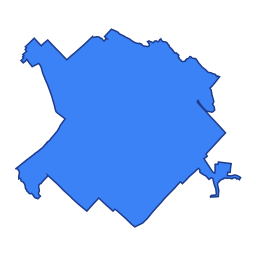 the district of Coarnele Caprei, Iasi, Romania
{"feature_id": "2599482B36833916817547", "entity_name": "Coarnele Caprei", "entity_type": "district", "adm_level": 2, "iso_a3": "ROU", "parent_name": "Romania", "parent_adm1": "Iasi", "projection": "mercator", "projection_center": [27.123, 47.391], "detail": "fine", "context": "isolated", "style": "filled", "palette": "blue", "viewbox_px": 256, "rotation_deg": 0, "n_neighbors": 0, "source": "geoboundaries", "source_scale": "gbopen_adm2", "svg_char_len": 5692}
<svg xmlns="http://www.w3.org/2000/svg" viewBox="0 0 256 256"><path d="M15.4,169.0L16.2,168.8L16.7,168.8L17.2,168.9L17.8,169.3L18.0,169.5L19.1,171.4L19.3,172.3L19.3,174.1L18.8,175.9L18.7,176.5L18.8,178.9L20.1,178.3L20.5,178.6L20.8,179.6L20.9,180.5L21.2,181.0L21.7,181.4L22.4,181.7L22.6,181.7L23.1,182.0L24.2,183.4L24.8,184.8L25.2,186.0L25.2,186.7L25.4,188.0L25.5,188.5L25.8,189.1L26.5,189.6L26.7,190.5L27.2,191.4L27.8,191.7L28.6,192.9L29.6,193.7L30.4,193.6L30.9,193.8L31.5,193.5L31.8,193.6L32.8,194.7L33.7,196.2L34.0,196.4L34.1,196.7L34.4,197.0L34.6,197.0L35.0,197.7L36.0,198.2L36.9,198.3L37.9,198.8L40.4,196.2L40.1,195.7L39.5,195.3L39.1,194.8L38.7,194.3L38.6,193.6L38.6,193.1L38.8,192.3L39.3,191.2L39.3,190.2L38.8,187.5L38.7,186.0L38.8,185.2L39.2,184.7L40.2,183.7L41.0,183.6L41.2,183.4L42.3,181.8L42.9,181.3L43.2,180.8L44.8,179.1L45.8,178.1L47.7,176.1L47.8,175.6L47.7,175.3L57.4,184.1L61.2,187.9L63.1,190.0L67.1,193.6L70.2,196.4L72.2,198.5L77.9,203.7L81.2,206.5L86.9,211.1L92.1,205.2L96.8,200.2L98.8,198.0L103.2,202.3L113.0,211.1L114.7,209.3L115.4,209.6L116.3,210.1L125.3,218.1L128.7,221.4L131.0,223.7L134.8,226.9L142.7,223.0L147.5,218.3L149.5,215.8L152.4,212.2L155.4,208.8L161.9,201.6L162.6,200.7L165.6,197.3L174.7,188.0L176.7,185.7L180.1,182.0L180.4,181.9L180.6,182.0L182.4,183.7L186.7,179.4L189.0,176.8L193.7,172.7L198.4,168.3L199.8,169.8L200.0,170.5L199.8,171.0L199.9,172.0L200.1,172.5L200.4,172.7L200.8,172.7L200.9,173.0L201.4,173.4L201.9,173.7L202.5,173.8L203.0,174.4L204.3,175.2L205.6,175.8L206.3,176.3L209.0,179.4L211.1,177.8L212.0,178.0L212.7,178.4L212.9,178.7L213.9,183.3L214.2,184.4L215.6,188.2L215.8,188.8L216.3,193.4L216.3,193.9L216.2,194.4L215.9,194.8L215.4,195.1L215.0,195.1L214.0,195.1L212.7,195.3L211.9,195.3L211.4,195.4L210.7,196.0L210.4,196.6L210.5,197.1L214.4,196.9L218.3,196.6L218.8,190.4L218.5,189.2L218.1,187.1L217.7,185.6L217.6,184.5L217.7,183.6L217.9,182.8L218.4,182.2L219.2,181.7L219.6,181.2L219.9,180.6L220.8,180.1L221.2,179.7L221.5,179.5L222.4,179.3L223.4,178.7L223.7,178.8L223.9,178.7L223.9,178.4L224.2,178.0L224.5,178.0L225.2,177.9L227.0,178.4L227.7,178.2L227.9,178.0L228.3,177.9L228.9,178.0L231.8,178.8L232.4,178.7L232.5,178.4L233.6,177.9L234.3,177.8L235.4,177.9L235.9,178.1L236.5,178.6L236.7,179.0L237.1,179.0L238.0,178.7L238.5,178.9L239.4,179.7L240.6,177.5L237.7,175.8L236.0,175.2L235.5,175.1L234.6,175.0L233.5,175.2L231.8,175.7L230.9,175.9L227.3,175.6L227.8,172.2L230.1,172.5L230.3,171.6L230.4,169.3L230.9,165.6L231.2,164.0L231.2,163.6L230.5,163.4L229.6,163.4L218.4,162.0L218.0,164.3L215.2,164.2L215.1,164.4L215.1,169.4L214.8,173.0L213.3,172.5L212.7,171.8L210.9,169.3L204.0,158.7L207.0,156.5L207.2,156.2L206.2,154.3L206.2,153.9L206.4,153.5L217.9,141.1L220.9,137.7L225.5,132.9L221.5,128.4L213.9,120.2L210.4,116.7L207.9,113.7L198.3,103.4L197.7,102.6L197.5,102.2L197.3,101.1L198.1,100.4L199.5,103.1L201.9,106.3L204.4,109.1L206.2,111.0L212.0,112.2L213.2,111.5L214.5,110.3L214.7,109.8L214.1,106.7L213.4,105.6L212.6,104.0L212.6,103.6L213.5,102.8L213.6,102.5L213.8,101.5L212.0,94.9L211.3,90.6L211.2,90.2L210.9,89.6L209.9,88.1L211.1,87.1L212.2,86.0L215.2,82.4L217.9,78.9L218.3,78.2L219.0,77.5L219.6,76.8L219.0,76.5L218.5,76.4L218.2,76.1L217.6,76.0L216.7,76.5L216.4,76.2L216.0,75.5L215.7,75.3L215.7,74.7L215.0,74.3L214.3,74.0L212.7,73.8L212.2,73.3L210.8,72.7L208.9,72.5L207.9,72.1L206.0,70.1L201.8,66.8L201.2,65.9L198.6,62.9L197.7,61.4L195.7,58.6L192.6,58.3L192.2,58.2L191.8,57.8L190.8,56.7L190.1,56.5L189.7,56.7L189.3,57.5L188.9,58.0L188.2,58.5L187.0,58.8L186.2,59.5L185.9,59.7L185.8,60.4L185.3,60.7L185.2,60.9L185.2,61.1L184.7,61.1L184.4,61.3L183.6,61.5L182.4,61.5L181.8,61.2L181.3,61.1L181.0,60.3L179.2,58.8L178.9,58.4L178.9,58.2L179.1,57.8L179.0,57.6L178.5,57.1L178.4,56.8L178.3,56.4L178.3,56.1L178.5,55.8L178.5,55.3L178.7,55.2L178.6,54.9L177.8,54.4L177.7,54.2L177.3,53.9L177.0,53.8L176.7,53.2L176.2,52.9L175.7,52.9L175.1,53.1L174.6,52.9L172.7,50.1L171.9,49.2L170.8,48.0L169.8,47.5L169.6,46.9L169.2,46.0L169.1,45.4L168.6,45.1L167.2,43.1L166.8,42.6L166.2,42.2L165.2,41.9L162.7,41.5L162.0,40.9L160.8,38.9L160.5,39.3L159.8,39.6L159.4,40.2L159.2,40.8L158.7,41.4L157.7,41.7L157.0,41.2L156.2,40.9L155.0,41.0L154.4,41.2L154.0,41.9L153.8,42.4L153.2,42.8L152.1,42.2L151.6,42.1L150.9,41.7L150.3,41.6L149.0,40.9L147.5,41.6L148.5,42.9L149.3,44.2L149.3,45.4L149.0,45.9L148.3,46.4L147.6,46.6L146.0,46.3L143.4,46.0L142.9,45.7L141.7,44.3L141.4,44.0L140.9,43.8L139.4,43.3L139.1,43.5L138.7,43.5L137.1,43.3L135.0,42.6L133.8,42.0L131.8,40.7L130.4,39.6L129.2,38.8L127.6,38.1L126.2,37.3L125.3,37.1L125.0,36.9L124.1,36.0L123.0,35.7L121.5,34.8L120.1,34.2L118.7,33.1L118.0,32.2L114.0,30.3L112.0,29.5L111.4,29.2L104.5,36.6L106.9,38.7L106.2,38.6L105.7,38.8L105.5,39.3L104.9,40.1L104.3,40.8L103.8,40.8L103.1,40.3L102.6,39.5L101.6,38.3L100.8,38.4L100.6,38.1L99.1,37.0L96.5,36.7L96.0,36.9L93.4,37.3L92.4,37.0L92.4,36.7L83.1,45.5L77.9,50.0L75.1,52.6L71.1,55.8L66.8,59.8L64.0,56.9L62.6,55.5L60.3,53.0L55.7,48.4L47.7,40.0L44.1,43.0L42.0,44.9L41.2,45.8L34.2,38.2L32.9,39.4L32.6,39.8L30.0,42.3L28.3,44.0L25.3,46.8L26.6,47.9L25.1,49.5L26.6,51.2L22.8,54.6L23.9,55.7L22.6,56.9L23.7,57.9L21.0,60.6L22.5,62.1L23.0,62.7L23.2,62.9L25.4,61.2L26.8,59.3L28.5,61.9L32.2,66.7L38.7,63.4L40.3,65.5L40.8,66.6L41.5,68.6L42.6,72.6L43.2,74.3L44.2,76.8L46.1,81.5L47.1,83.6L48.7,87.7L51.6,95.8L54.2,104.8L55.3,109.5L56.0,111.5L56.4,112.1L58.1,113.5L62.6,116.9L65.2,118.9L62.7,122.0L60.8,124.7L60.1,125.8L59.1,128.1L58.9,128.2L57.4,130.9L51.1,138.4L50.9,138.4L50.2,139.7L49.7,140.3L49.1,140.9L48.4,141.2L47.4,142.0L46.8,142.5L46.6,142.8L46.8,143.3L46.7,143.6L45.8,143.9L42.6,147.6L37.2,151.9L34.9,153.5L33.6,154.7L27.0,159.7L23.0,162.9L19.4,165.9L15.4,169.0Z" fill="#3b82f6" stroke="#1e3a8a" stroke-width="1.5"/></svg>